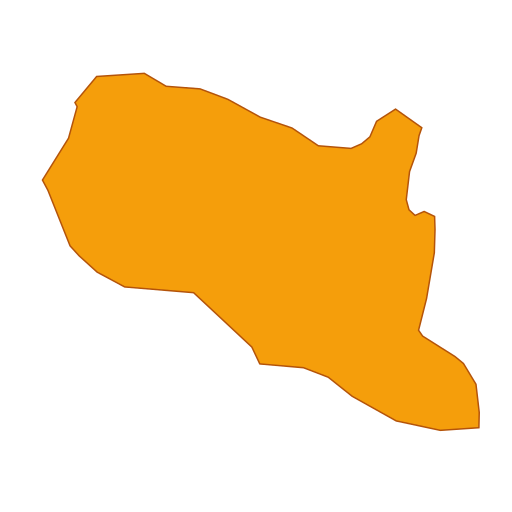 SVG path tracing the border of Hrpelje-Kozina, rotated 353°
{"feature_id": "SVN-1026", "entity_name": "Hrpelje-Kozina", "entity_type": "Municipality", "adm_level": 1, "iso_a3": "SVN", "parent_name": "Slovenia", "parent_adm1": "", "projection": "orthographic", "projection_center": [14.024, 45.558], "detail": "fine", "context": "isolated", "style": "filled", "palette": "amber", "viewbox_px": 512, "rotation_deg": 353, "n_neighbors": 0, "source": "natural_earth", "source_scale": "10m", "svg_char_len": 779}
<svg xmlns="http://www.w3.org/2000/svg" viewBox="0 0 512 512"><g transform="rotate(353 256 256)"><path d="M53.3,154.6L84.3,116.2L96.7,86.0L95.0,81.6L119.7,58.4L167.4,61.1L187.5,76.6L220.8,83.3L247.2,97.1L277.1,118.7L307.4,133.4L331.3,154.2L363.5,160.8L374.5,157.5L383.6,151.6L392.1,137.0L412.4,127.2L436.2,148.9L432.5,156.4L427.5,173.5L418.7,190.9L412.0,218.4L413.5,228.8L418.8,235.1L428.3,232.3L438.1,238.5L436.9,251.6L433.4,274.5L420.1,319.0L408.3,349.5L411.6,355.8L441.3,380.1L448.8,388.0L458.7,410.1L458.5,438.5L456.4,453.0L456.3,453.6L417.7,451.5L375.1,436.8L334.4,407.0L312.9,385.1L289.6,372.7L246.7,363.6L246.5,363.2L240.8,345.9L189.6,284.8L121.9,270.7L96.4,252.7L80.5,234.3L72.7,223.3L57.5,165.5L53.3,154.6Z" fill="#f59e0b" stroke="#b45309" stroke-width="1.5"/></g></svg>